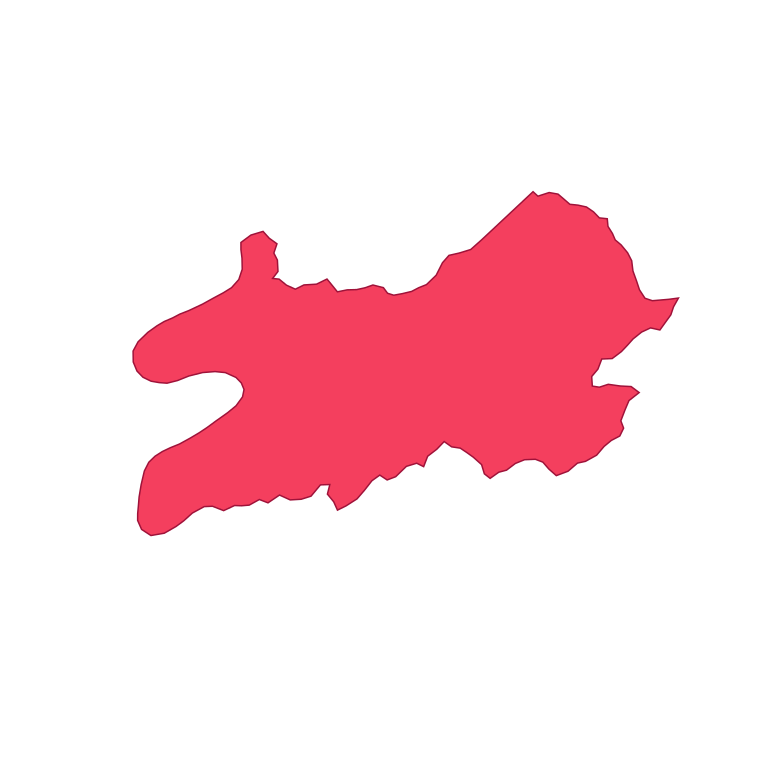 the district of Zortéa, Santa Catarina, Brazil, rotated 46°
{"feature_id": "56859067B42450400254673", "entity_name": "Zortéa", "entity_type": "district", "adm_level": 2, "iso_a3": "BRA", "parent_name": "Brazil", "parent_adm1": "Santa Catarina", "projection": "equal_earth", "projection_center": [-51.539, -27.486], "detail": "fine", "context": "isolated", "style": "filled", "palette": "rose", "viewbox_px": 768, "rotation_deg": 46, "n_neighbors": 0, "source": "geoboundaries", "source_scale": "gbopen_adm2", "svg_char_len": 2438}
<svg xmlns="http://www.w3.org/2000/svg" viewBox="0 0 768 768"><g transform="rotate(46 384 384)"><path d="M349.2,143.2L348.1,213.6L347.5,228.2L342.0,239.0L336.6,247.9L337.4,257.7L342.0,270.9L342.0,284.4L338.9,292.0L336.6,299.8L331.7,308.1L326.9,315.3L321.2,318.4L314.3,317.5L305.1,323.2L301.5,331.0L297.1,338.1L290.7,345.1L285.3,353.5L275.2,352.6L268.9,352.1L265.3,363.2L257.1,372.8L254.2,381.9L245.2,385.5L235.7,386.6L230.7,390.8L229.4,382.1L220.8,374.6L213.3,372.3L208.8,363.6L199.4,365.3L190.2,365.0L184.4,376.3L182.8,388.6L188.0,393.6L194.8,398.7L203.0,406.3L208.0,415.9L208.8,426.8L206.8,436.1L203.8,446.7L200.5,459.0L195.6,473.4L191.9,482.3L189.6,490.2L186.4,498.6L184.5,506.5L182.8,518.0L182.8,531.5L186.0,541.6L194.0,549.1L203.1,552.7L211.7,552.7L220.2,549.6L226.9,544.7L232.7,539.5L238.1,530.1L242.7,518.8L249.8,506.5L257.7,496.9L265.6,490.2L276.5,485.9L284.1,485.9L290.7,488.5L295.0,494.7L296.9,505.6L296.0,516.6L293.9,530.3L292.3,542.1L290.7,550.8L288.3,561.0L285.1,572.8L281.4,582.0L278.6,590.4L276.9,598.8L276.9,607.5L280.1,616.8L287.7,628.6L295.2,638.7L301.1,645.4L306.1,651.2L311.0,656.0L320.2,659.4L331.1,656.9L338.7,645.7L342.0,632.7L343.3,623.0L343.7,611.5L347.3,598.5L352.8,592.3L363.7,587.3L367.6,575.9L372.6,571.1L377.5,565.1L380.5,553.9L388.9,550.0L391.3,536.3L402.2,532.0L409.4,523.6L414.0,514.4L412.4,499.8L418.7,492.8L423.9,501.2L433.8,502.0L442.4,505.1L445.3,496.0L447.9,483.2L446.9,472.2L445.2,459.9L446.6,450.3L455.2,448.4L458.8,440.0L458.8,425.1L463.7,415.5L471.0,412.9L466.3,402.8L467.6,391.3L467.2,380.7L476.2,379.0L483.1,373.7L491.0,372.0L498.7,370.6L509.8,369.8L518.3,374.2L525.6,373.2L527.2,362.7L531.1,355.7L532.4,344.7L536.1,335.5L543.3,327.4L550.6,324.0L559.7,324.5L569.6,323.7L574.6,312.2L575.3,299.8L579.6,292.8L582.9,280.5L581.8,269.0L582.5,259.7L585.2,250.5L582.2,242.3L575.0,239.2L570.0,228.5L566.1,219.3L567.4,206.4L557.5,208.0L549.6,215.4L540.0,222.9L535.9,231.3L530.2,235.6L522.9,229.4L521.9,219.8L517.3,210.0L524.2,202.2L525.6,190.7L525.2,181.6L524.6,173.5L525.6,162.6L528.8,153.3L536.8,148.0L534.9,137.5L533.5,129.6L529.6,122.1L526.7,112.5L521.0,120.2L515.8,126.6L510.5,133.1L503.6,136.7L493.7,134.8L485.4,130.8L475.6,126.4L467.4,120.2L458.8,117.6L448.6,116.8L441.0,117.6L434.4,115.1L426.2,113.4L420.2,108.6L414.1,113.7L405.8,113.7L397.3,115.4L390.1,120.2L383.8,125.5L377.8,126.0L368.3,126.9L361.0,132.2L355.8,142.8L349.2,143.2Z" fill="#f43f5e" stroke="#9f1239" stroke-width="1.5"/></g></svg>